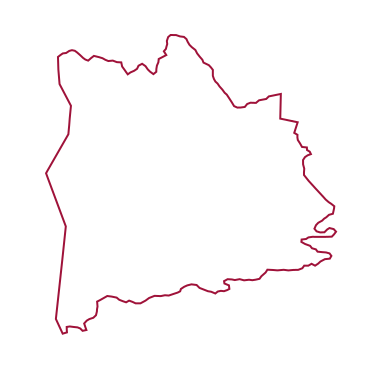 the district of Itatira, Ceará, Brazil, rotated 96°
{"feature_id": "56859067B49742639550907", "entity_name": "Itatira", "entity_type": "district", "adm_level": 2, "iso_a3": "BRA", "parent_name": "Brazil", "parent_adm1": "Ceará", "projection": "equal_earth", "projection_center": [-39.581, -4.608], "detail": "fine", "context": "isolated", "style": "outline", "palette": "rose", "viewbox_px": 384, "rotation_deg": 96, "n_neighbors": 0, "source": "geoboundaries", "source_scale": "gbopen_adm2", "svg_char_len": 2993}
<svg xmlns="http://www.w3.org/2000/svg" viewBox="0 0 384 384"><g transform="rotate(96 192 192)"><path d="M71.7,339.4L84.2,337.7L98.5,335.0L118.9,321.4L131.5,321.3L134.9,321.2L138.3,321.1L147.5,321.0L186.0,338.0L188.6,339.1L193.3,336.8L239.4,313.9L264.9,313.9L272.9,313.9L332.5,314.1L346.4,305.8L344.7,301.7L341.7,302.2L339.3,302.5L338.5,299.5L338.6,295.3L338.6,291.7L339.4,288.9L341.5,286.3L340.3,282.6L337.6,283.9L334.0,285.5L330.9,283.2L329.1,280.8L327.4,277.0L324.6,274.6L320.8,274.1L318.5,274.2L315.8,274.0L310.9,274.9L309.3,272.4L306.8,268.9L304.3,265.4L304.4,261.0L304.9,255.9L306.8,253.1L307.8,249.5L308.6,246.0L306.6,243.2L307.5,239.7L308.6,236.5L308.1,231.6L304.9,226.9L301.9,223.6L299.2,218.4L298.8,212.2L297.5,208.1L297.4,204.3L295.3,199.7L293.5,195.7L292.0,193.4L289.6,192.9L287.1,189.9L285.4,187.0L283.9,182.9L284.0,177.7L286.6,174.5L288.0,169.4L289.0,165.8L289.2,162.5L290.5,158.2L288.3,156.0L287.3,153.0L287.3,149.8L286.0,147.0L284.5,144.7L281.0,145.5L279.6,150.2L277.3,150.8L275.0,147.5L274.8,143.2L275.1,140.2L273.7,135.5L274.4,131.0L273.3,126.1L273.4,122.8L272.6,119.7L271.3,115.8L268.5,114.2L264.4,110.4L261.4,108.9L261.1,103.4L261.0,98.8L259.8,92.7L259.9,88.0L258.9,82.9L258.3,78.2L256.3,74.3L253.5,72.7L253.1,68.6L250.9,65.6L252.4,61.9L250.1,59.1L247.7,57.0L244.9,52.8L243.9,48.0L241.0,46.7L238.7,48.8L238.1,52.3L238.2,56.3L238.2,60.9L236.1,62.8L235.4,66.8L233.2,68.9L231.9,74.1L230.2,78.0L227.8,78.0L226.8,73.6L225.0,71.5L224.0,67.6L223.6,63.7L223.2,59.3L222.8,55.8L222.4,52.6L221.8,48.3L219.4,46.4L216.4,44.6L214.1,47.2L213.5,51.6L215.2,53.7L218.2,56.1L218.8,60.3L218.1,64.0L215.7,66.4L212.0,65.2L209.4,63.2L206.9,59.6L204.7,57.8L203.1,55.8L200.4,53.4L198.9,49.6L196.2,49.3L193.5,49.0L191.3,49.0L189.2,52.3L187.8,55.0L185.5,58.3L183.3,60.7L175.5,69.6L168.8,77.1L163.4,82.4L160.6,82.7L157.1,82.8L152.9,84.4L148.6,84.9L145.5,83.3L143.4,80.8L141.9,77.7L139.6,79.1L138.2,82.0L135.7,82.4L135.7,87.3L132.3,89.7L129.2,92.2L126.6,92.9L124.1,93.1L122.5,96.5L111.6,94.2L109.8,111.9L85.2,113.9L88.9,125.6L91.7,127.9L93.8,134.9L96.7,137.7L97.1,143.2L98.7,146.3L101.9,148.4L102.9,152.5L103.3,155.7L102.2,159.1L98.5,161.9L94.8,164.9L91.5,167.6L89.9,169.9L87.1,172.4L84.2,175.6L81.5,177.9L79.7,180.3L77.3,182.0L74.3,183.4L70.7,183.8L68.4,184.0L66.1,186.2L64.1,188.5L62.1,194.1L59.4,195.5L56.6,198.5L53.6,201.4L50.4,203.5L48.0,207.3L45.9,209.9L43.1,212.0L40.5,213.5L38.6,216.2L38.5,220.3L37.6,224.2L38.1,229.7L40.4,231.9L44.4,232.8L47.4,232.1L50.1,232.6L52.4,232.9L55.0,234.7L58.5,231.9L61.3,236.1L63.2,239.0L66.5,239.0L70.0,240.1L73.4,240.3L76.2,240.1L78.8,242.7L76.7,246.3L74.7,248.8L71.7,251.4L69.7,255.0L72.0,258.4L75.2,259.5L77.5,262.2L79.5,265.7L81.7,268.2L79.6,270.1L77.5,271.9L74.5,274.6L70.5,275.9L70.7,280.3L69.6,284.5L70.5,288.9L69.6,292.0L68.3,295.0L67.6,298.6L66.9,303.8L69.4,306.4L72.2,309.0L71.4,312.0L70.0,314.4L67.6,317.5L65.2,320.9L63.8,323.3L63.5,326.2L64.5,328.8L66.9,331.7L67.7,335.0L69.5,337.1L71.7,339.4Z" fill="none" stroke="#9f1239" stroke-width="2"/></g></svg>